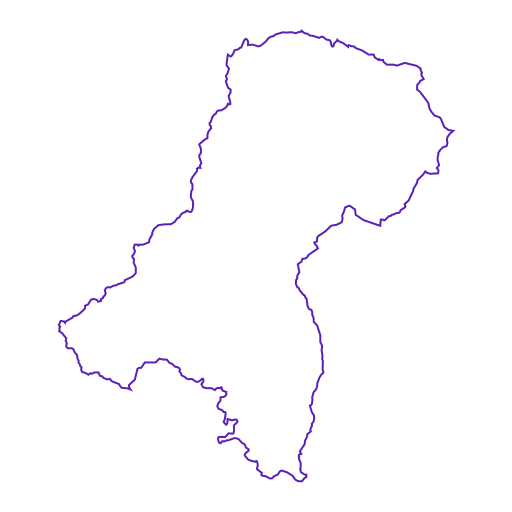 La Ceja, Antioquia, Colombia (orthographic projection)
{"feature_id": "7082276B13386245967874", "entity_name": "La Ceja", "entity_type": "district", "adm_level": 2, "iso_a3": "COL", "parent_name": "Colombia", "parent_adm1": "Antioquia", "projection": "orthographic", "projection_center": [-75.43, 5.984], "detail": "fine", "context": "isolated", "style": "outline", "palette": "violet", "viewbox_px": 512, "rotation_deg": 0, "n_neighbors": 0, "source": "geoboundaries", "source_scale": "gbopen_adm2", "svg_char_len": 5993}
<svg xmlns="http://www.w3.org/2000/svg" viewBox="0 0 512 512"><path d="M306.3,477.1L306.4,474.6L304.6,474.6L300.8,472.0L300.2,468.7L300.7,467.1L300.7,463.0L298.9,458.5L299.2,457.1L298.6,456.1L299.2,454.5L301.2,454.0L299.9,451.3L304.6,444.2L305.1,440.5L306.8,437.4L307.4,434.1L310.8,431.4L310.2,429.7L312.0,425.6L311.8,423.9L313.6,421.4L314.2,418.1L313.9,415.3L311.8,412.1L309.9,405.7L311.3,404.9L311.9,403.7L312.5,399.5L312.1,398.0L313.1,393.7L313.8,391.9L316.2,389.2L317.2,386.0L317.2,383.6L319.4,377.7L321.4,374.5L323.4,372.8L322.6,368.8L322.9,361.1L322.2,359.0L322.4,355.1L321.6,350.5L322.2,345.8L320.3,342.0L320.3,335.2L317.1,325.4L313.8,321.9L313.5,317.5L312.3,315.0L312.2,312.3L311.5,310.0L309.1,309.0L308.3,307.7L307.5,305.6L306.6,298.7L305.6,298.0L304.7,295.4L303.5,294.9L299.7,290.3L298.6,287.8L297.5,287.4L295.9,284.2L296.0,280.2L297.1,278.6L297.3,275.6L299.4,272.1L297.8,264.3L301.3,261.7L302.5,258.8L304.9,258.6L307.1,257.4L308.4,255.0L317.9,248.4L316.5,245.4L315.2,244.4L314.3,242.6L316.9,241.5L317.2,237.6L318.1,236.2L325.4,231.3L331.2,225.7L336.6,224.8L341.7,222.3L342.6,218.6L342.1,215.7L344.2,210.9L344.9,207.8L345.6,207.2L349.0,205.8L350.0,205.9L355.0,209.5L355.7,214.8L363.5,220.1L380.2,225.8L380.8,219.6L382.6,219.4L383.5,220.2L384.7,220.3L388.8,216.3L391.0,215.8L391.9,214.7L394.0,214.4L396.2,213.1L398.8,212.9L400.0,212.0L400.6,210.2L405.1,207.3L405.4,206.1L404.6,204.1L408.6,200.6L413.1,191.0L413.5,188.7L416.8,183.3L417.6,180.0L423.3,174.3L425.3,171.4L427.1,172.9L430.5,173.8L438.0,173.3L438.5,170.8L438.0,169.4L436.8,168.0L439.1,165.3L437.6,160.0L437.7,156.7L438.5,154.4L438.2,153.0L440.2,150.0L443.3,147.0L445.8,146.5L446.8,145.7L447.4,143.0L446.9,139.2L447.6,136.9L449.7,133.8L453.2,130.9L448.3,129.9L444.3,127.0L440.7,118.4L439.1,117.1L434.5,115.5L431.4,111.8L429.5,108.7L428.3,102.9L420.0,91.8L417.1,89.7L417.2,84.8L419.6,82.4L420.1,81.0L423.7,79.1L421.3,75.0L421.4,73.6L422.0,72.8L420.5,69.9L420.7,68.6L416.6,65.8L404.8,62.9L396.8,65.6L393.8,64.7L386.9,64.7L383.6,62.0L383.0,59.9L380.9,60.2L379.1,59.1L378.6,60.0L374.7,57.4L373.7,54.6L368.6,54.6L362.6,50.7L355.6,48.0L354.2,46.5L351.2,46.2L348.8,45.1L347.8,45.9L347.9,46.6L343.2,43.1L338.9,41.3L337.3,39.8L337.1,40.7L334.2,43.4L333.3,46.3L332.3,46.6L331.4,45.4L330.7,41.6L329.7,40.2L326.4,39.6L323.0,36.9L321.3,36.7L319.3,37.9L313.1,35.9L309.6,35.4L307.8,33.9L304.4,33.1L301.6,30.7L300.9,31.8L298.5,32.1L295.9,33.2L291.4,32.2L286.4,32.6L282.8,32.3L275.4,34.5L273.4,36.2L270.9,36.7L268.4,38.2L265.9,41.4L261.4,45.2L258.6,46.4L252.4,44.6L248.0,45.1L248.2,41.8L247.1,39.6L245.8,38.9L244.5,39.7L241.2,47.5L239.6,48.0L238.7,49.1L234.4,50.4L233.4,53.3L231.4,56.1L230.5,56.5L227.8,54.6L226.5,64.3L226.7,65.5L229.0,68.7L227.4,73.6L225.9,75.9L227.0,79.2L225.8,81.3L228.0,87.7L230.6,89.6L230.6,92.3L228.6,96.2L230.3,102.1L230.3,104.2L229.1,104.4L228.0,103.7L227.3,105.6L225.4,107.9L221.1,110.4L217.9,110.6L216.7,111.8L215.9,113.6L213.6,115.2L212.1,117.7L210.8,121.9L209.6,122.9L209.7,124.9L210.8,126.1L211.1,128.3L208.4,131.6L207.4,135.1L207.4,138.2L204.4,139.8L199.2,144.3L201.0,149.1L200.9,152.9L199.3,155.4L199.3,157.1L201.3,163.1L199.8,165.9L200.4,167.9L198.1,167.8L196.9,168.8L197.1,171.0L192.6,176.9L190.9,180.3L191.0,182.4L192.4,184.2L192.5,189.2L191.4,190.8L190.8,196.2L190.9,197.5L192.9,201.2L193.1,204.2L192.9,207.9L191.8,211.0L191.1,211.8L189.8,212.0L187.1,210.7L186.2,210.9L185.9,211.8L182.4,213.1L180.6,215.0L179.4,217.4L177.4,218.2L174.6,222.0L170.9,224.2L163.5,224.4L158.1,225.3L153.8,229.2L152.1,233.2L152.3,234.4L149.5,239.3L149.0,242.2L143.2,244.6L139.1,244.8L138.4,245.6L137.4,244.5L134.6,244.7L133.7,247.8L135.0,251.0L134.1,253.6L132.2,256.0L132.5,257.4L134.0,259.1L133.7,262.9L135.8,267.4L135.8,272.9L133.8,275.4L132.0,276.9L124.8,280.2L124.6,281.7L123.5,282.6L118.5,284.0L116.1,285.3L113.1,285.8L110.3,287.5L108.0,287.1L105.9,288.2L104.8,290.4L105.7,293.6L104.8,295.5L103.3,296.7L103.2,298.0L100.9,299.1L101.1,300.9L98.0,301.7L96.9,299.8L93.7,299.0L91.2,299.5L87.9,304.6L85.1,305.7L85.0,308.2L84.4,309.2L79.4,313.8L76.9,315.4L73.5,316.1L72.2,317.8L65.6,321.6L65.1,322.8L64.3,321.5L60.7,320.9L58.8,325.0L60.2,326.6L59.4,327.9L59.7,329.6L59.2,331.2L62.3,333.3L66.3,338.5L65.7,340.7L66.8,343.4L66.2,345.7L66.6,347.3L67.9,348.2L71.7,348.3L73.2,348.9L74.8,352.4L77.1,355.1L77.5,358.7L78.6,360.7L78.5,362.4L79.8,364.3L80.3,366.2L81.5,367.1L81.2,370.1L82.2,372.1L85.0,372.7L88.4,374.7L90.4,373.2L91.9,373.8L94.2,372.5L98.4,372.4L100.1,375.9L102.4,376.4L103.2,377.8L107.0,379.3L110.1,379.0L111.0,380.5L112.5,381.6L118.9,384.0L120.8,387.0L122.0,387.9L127.3,388.3L130.5,389.5L129.1,387.5L129.0,385.0L134.8,379.7L137.5,368.8L138.9,367.9L141.2,367.8L144.9,362.4L154.8,362.5L156.0,362.1L159.3,358.7L162.8,359.5L166.8,359.6L169.4,362.8L172.2,363.9L175.2,366.8L177.5,367.1L179.1,368.1L180.0,369.4L179.5,371.5L181.0,373.3L181.5,375.3L184.9,377.0L186.1,378.3L188.5,379.2L192.0,379.0L195.9,381.6L197.8,381.9L199.8,381.0L202.0,378.8L203.0,378.9L203.5,380.3L203.2,381.8L201.4,384.2L203.1,387.3L206.1,388.1L211.3,388.1L214.9,390.1L216.5,388.3L218.0,387.9L219.9,388.3L220.5,387.5L221.5,387.3L222.4,390.5L226.4,392.0L226.2,395.0L224.6,396.6L220.5,397.4L220.4,400.8L218.1,403.5L217.3,406.4L218.5,408.7L222.3,410.3L223.5,411.9L225.1,412.0L225.7,412.7L224.9,419.1L223.6,422.0L226.1,424.7L227.3,423.6L227.6,419.0L231.8,420.3L235.8,419.4L237.2,420.3L237.4,421.3L237.2,422.1L233.9,425.5L234.1,430.0L233.6,433.3L232.6,433.7L228.7,433.3L225.1,437.1L221.0,436.8L218.5,437.2L218.0,438.7L218.6,441.7L219.5,443.0L220.7,443.2L222.3,441.2L224.6,441.4L226.0,440.5L228.7,440.2L234.1,438.2L236.4,438.3L238.7,439.2L241.8,442.7L244.6,444.3L246.0,447.6L248.6,449.3L248.6,450.7L245.0,453.8L244.8,455.5L247.9,459.3L249.7,460.3L255.1,461.8L256.1,461.0L257.1,461.5L257.8,465.2L256.9,469.1L261.9,472.9L261.3,474.9L262.3,475.7L265.5,476.2L270.0,478.5L271.9,478.4L274.1,476.2L277.9,474.5L279.8,471.4L281.5,470.6L286.7,472.1L292.4,475.6L295.5,479.8L298.2,481.2L301.9,481.3L304.6,478.0L306.3,477.1Z" fill="none" stroke="#5b21b6" stroke-width="2"/></svg>